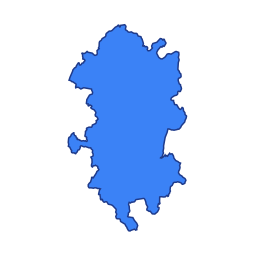 outline of Anhui, rotated 193°
{"feature_id": "CHN-1179", "entity_name": "Anhui", "entity_type": "Province", "adm_level": 1, "iso_a3": "CHN", "parent_name": "China", "parent_adm1": "", "projection": "equal_earth", "projection_center": [117.353, 32.025], "detail": "fine", "context": "isolated", "style": "filled", "palette": "blue", "viewbox_px": 256, "rotation_deg": 193, "n_neighbors": 0, "source": "natural_earth", "source_scale": "10m", "svg_char_len": 5818}
<svg xmlns="http://www.w3.org/2000/svg" viewBox="0 0 256 256"><g transform="rotate(193 128 128)"><path d="M196.2,161.3L195.9,164.5L194.7,171.1L194.8,172.0L193.6,174.5L192.5,175.4L192.2,177.2L191.2,180.0L190.8,180.4L190.2,180.3L189.5,178.7L189.0,178.5L188.5,178.7L188.0,179.2L187.3,180.9L186.0,181.5L185.8,182.9L185.2,183.5L185.2,184.3L185.9,185.0L187.6,185.1L187.8,186.6L188.5,187.9L188.6,189.0L189.7,190.3L189.5,190.7L187.5,190.7L186.3,191.6L185.1,193.4L184.1,192.8L179.7,192.9L176.9,191.3L176.3,191.4L174.8,192.4L174.7,193.7L175.6,196.4L174.0,198.8L174.8,199.3L174.5,200.8L175.2,204.7L175.1,205.9L173.8,207.4L173.3,209.3L170.7,211.8L170.3,212.9L170.6,214.4L170.3,215.4L168.1,218.2L166.9,218.4L165.5,219.4L163.0,223.4L161.6,224.5L160.7,226.0L160.2,226.1L159.3,224.9L158.6,224.6L158.3,225.1L158.4,226.3L154.4,227.9L153.1,226.9L152.8,226.4L152.8,224.0L152.4,223.1L150.8,222.6L149.4,221.6L148.2,221.6L146.4,222.4L143.7,221.6L140.9,222.1L140.2,221.7L138.8,219.9L136.0,219.9L135.1,218.5L134.3,217.8L132.1,214.0L131.9,213.4L132.1,211.3L131.4,211.2L130.5,211.8L129.6,211.0L128.5,211.5L127.5,211.3L126.8,210.4L127.0,208.8L125.9,207.8L125.6,207.8L124.0,208.4L122.2,211.3L122.2,211.6L122.9,212.0L123.4,213.2L122.8,215.9L119.2,218.0L116.7,222.4L115.2,222.5L113.8,221.5L113.5,221.7L113.2,222.5L112.6,222.5L111.4,220.7L110.3,219.7L110.1,218.9L111.1,215.8L111.3,215.6L112.3,216.0L113.1,214.4L113.6,214.4L114.1,214.7L114.5,214.4L116.4,210.7L117.0,208.3L116.9,207.3L113.9,203.7L111.7,202.8L110.2,203.0L108.0,205.3L107.3,206.7L106.6,208.6L106.2,209.0L104.9,209.6L102.6,209.7L99.0,213.1L98.2,213.4L95.6,213.1L94.9,211.1L94.8,209.7L94.9,208.3L93.5,205.8L93.7,203.1L92.6,196.4L92.0,195.7L90.8,194.8L90.2,193.5L88.7,192.6L87.9,190.4L87.9,189.9L88.2,189.1L89.9,187.7L90.0,186.5L89.7,185.4L88.0,182.6L86.5,181.9L86.2,180.8L85.4,179.8L84.7,178.2L85.2,175.5L85.7,175.1L86.7,175.3L87.4,174.9L87.6,174.1L87.3,172.9L87.4,171.8L88.4,170.7L89.9,170.0L92.0,167.8L92.6,166.9L92.6,165.2L91.2,164.8L89.8,165.1L89.5,164.0L88.7,163.0L88.0,161.5L87.5,161.3L86.4,161.6L85.6,161.5L83.3,159.0L81.7,157.9L81.2,157.8L80.8,158.1L79.9,160.2L79.2,160.1L78.6,159.4L77.7,157.2L76.0,155.7L75.4,153.9L73.8,153.0L73.6,152.4L73.6,150.4L74.1,148.4L74.1,146.6L76.4,142.4L76.9,140.2L78.2,138.2L79.0,138.2L79.7,137.6L82.7,136.2L84.0,136.2L84.8,135.9L87.8,136.3L88.9,136.0L88.9,132.5L89.7,127.2L89.3,118.6L88.7,116.3L88.6,113.1L87.8,111.6L88.3,109.1L87.9,108.5L88.1,107.8L89.6,106.5L89.6,106.2L88.5,106.3L87.4,107.4L86.3,108.9L85.8,110.2L84.8,109.1L84.4,109.8L83.1,109.4L82.9,110.3L81.7,112.8L81.3,112.4L80.6,112.2L79.3,112.8L78.8,112.5L77.5,111.1L76.4,108.9L74.1,107.0L71.7,106.5L70.7,105.9L68.9,105.6L69.3,103.1L68.6,101.7L68.4,100.9L68.5,98.6L68.9,97.7L68.7,95.6L67.1,94.1L64.6,93.3L63.7,92.5L61.2,91.6L60.5,91.0L59.8,90.0L60.2,88.3L60.2,86.9L61.9,85.5L62.5,85.4L64.3,86.6L67.5,86.8L68.8,86.0L70.8,85.4L71.4,84.8L72.0,82.1L73.3,80.5L73.4,80.1L73.1,77.0L72.5,76.1L72.8,75.0L72.8,73.8L73.4,72.6L73.3,71.1L73.5,70.5L73.8,70.3L74.4,71.1L74.9,71.1L76.2,69.3L77.7,68.8L80.4,68.5L81.6,67.9L80.7,63.5L79.9,61.6L80.4,60.9L81.1,61.3L81.3,61.0L81.5,58.1L81.2,57.6L79.9,57.5L79.6,56.1L80.4,53.0L82.5,50.2L85.0,49.8L87.6,51.9L88.7,51.5L89.5,51.9L91.0,52.2L91.4,53.1L91.1,55.1L91.2,55.7L93.2,57.9L94.0,59.9L95.5,62.2L96.5,62.9L97.2,62.8L104.0,60.1L104.4,59.6L104.8,58.1L105.1,57.6L107.0,56.7L107.8,56.6L108.7,55.5L110.1,55.8L110.3,54.0L110.1,53.3L109.2,51.9L108.4,49.2L107.6,47.7L107.7,46.6L108.5,45.3L108.2,43.4L108.4,41.7L107.8,41.4L103.1,41.8L101.1,39.5L98.0,37.1L96.6,35.1L96.9,32.1L96.5,30.9L97.7,30.2L98.7,30.9L99.1,30.8L102.0,29.0L102.9,28.1L104.4,28.1L106.2,30.0L106.7,30.9L108.4,32.4L109.2,33.6L114.0,35.2L114.4,35.6L114.9,37.1L115.3,37.4L116.2,37.5L118.3,37.1L119.1,37.5L120.0,39.0L119.6,41.6L121.1,43.3L121.0,45.4L121.5,46.3L125.6,49.0L127.0,49.4L130.0,49.3L132.1,51.3L133.1,51.2L134.2,50.4L135.0,50.4L136.1,51.2L136.9,52.6L137.8,52.6L138.1,51.9L138.6,52.2L139.0,52.9L139.4,54.5L139.9,55.4L140.2,56.6L140.5,56.8L141.6,56.6L141.8,56.9L141.8,61.1L141.2,62.5L141.9,62.6L144.2,62.2L145.3,62.5L146.9,62.3L148.0,61.6L150.7,61.4L151.9,61.0L152.7,61.1L153.6,62.1L154.0,63.8L153.4,65.3L152.4,66.9L152.1,69.9L152.3,71.7L151.8,72.0L150.8,71.5L150.5,72.0L148.8,76.8L148.5,78.7L147.3,80.1L147.1,81.1L148.4,82.3L148.9,83.7L151.3,84.4L151.7,83.9L153.4,83.3L153.8,82.0L154.3,82.1L155.0,82.7L155.3,83.8L155.2,86.1L156.1,89.5L157.6,91.3L156.0,92.6L155.8,93.4L156.2,95.0L157.3,96.2L157.3,97.8L157.6,98.5L159.4,99.5L159.6,100.1L160.0,100.3L161.4,99.9L165.5,100.4L166.5,99.7L169.7,100.2L170.4,99.3L170.1,98.4L170.5,96.0L171.8,95.2L172.2,93.1L172.8,92.4L173.1,91.3L173.5,91.1L174.9,91.7L176.2,91.3L177.4,91.5L177.8,92.2L177.9,93.5L178.6,93.9L180.5,96.3L182.0,96.7L182.1,98.7L183.0,100.6L183.5,104.3L183.4,105.5L182.4,106.4L181.9,107.5L181.7,109.0L180.0,111.1L179.6,111.1L179.4,110.1L178.3,108.7L177.1,108.5L176.0,106.8L175.0,106.6L175.0,105.6L174.8,105.4L173.1,105.7L172.4,105.1L171.5,105.3L170.6,104.8L168.4,105.7L167.5,105.5L166.7,106.0L165.7,105.5L165.1,105.7L164.9,106.2L165.0,107.0L165.9,107.9L166.2,109.6L166.6,109.9L167.9,110.1L168.2,110.6L168.3,113.2L168.7,115.2L168.1,116.1L167.7,117.1L168.3,117.7L168.2,118.6L166.3,120.0L163.7,120.6L163.4,121.1L163.4,122.9L160.5,125.1L160.1,126.7L160.7,128.0L159.8,128.7L159.7,129.5L159.2,129.9L159.9,131.0L161.3,132.1L162.0,132.1L162.4,132.3L163.0,133.5L162.7,135.6L163.1,136.4L165.1,138.1L167.5,138.6L168.7,139.2L168.8,139.6L168.1,140.8L168.5,141.5L170.3,141.9L171.0,140.8L171.5,140.6L171.9,140.8L172.3,142.5L173.4,142.2L174.1,142.6L174.5,146.4L173.0,151.2L172.3,152.0L170.7,152.8L170.4,153.6L170.5,154.7L171.0,155.6L171.8,156.5L172.3,157.7L180.2,157.3L182.7,155.4L185.3,156.4L187.0,156.2L187.9,155.4L188.3,156.1L188.3,158.5L188.7,159.2L192.2,160.6L193.2,160.5L194.6,161.3L196.2,161.3Z" fill="#3b82f6" stroke="#1e3a8a" stroke-width="1.5"/></g></svg>